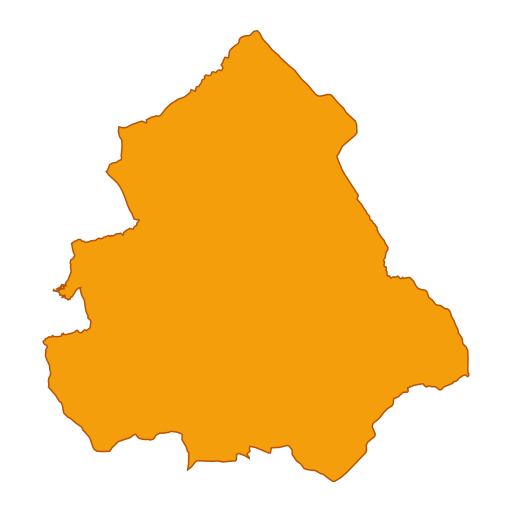 Visinesti, Dâmbovita, Romania
{"feature_id": "2599482B49145117460111", "entity_name": "Visinesti", "entity_type": "district", "adm_level": 2, "iso_a3": "ROU", "parent_name": "Romania", "parent_adm1": "Dâmbovita", "projection": "albers", "projection_center": [25.566, 45.128], "detail": "fine", "context": "isolated", "style": "filled", "palette": "amber", "viewbox_px": 512, "rotation_deg": 0, "n_neighbors": 0, "source": "geoboundaries", "source_scale": "gbopen_adm2", "svg_char_len": 5916}
<svg xmlns="http://www.w3.org/2000/svg" viewBox="0 0 512 512"><path d="M468.7,373.5L468.0,373.0L467.8,368.9L468.0,357.8L467.7,350.4L466.0,346.8L463.4,344.4L462.8,343.3L462.1,338.5L461.1,336.7L458.5,333.2L457.7,329.1L455.5,324.9L454.1,320.8L451.6,316.7L450.2,311.9L448.6,309.6L447.1,308.9L445.2,308.9L441.5,306.0L439.6,305.4L436.7,305.0L435.7,304.4L432.3,300.1L428.6,297.2L427.3,292.5L426.3,291.0L425.2,290.2L420.7,289.4L418.1,288.4L415.8,285.7L413.8,281.4L410.3,277.8L408.6,277.4L403.8,278.4L403.2,278.1L402.8,277.3L401.6,278.3L400.4,278.7L399.7,278.2L398.5,276.6L397.7,276.1L396.2,277.2L393.5,276.9L390.8,278.0L390.2,277.4L389.8,276.1L387.5,276.0L387.1,275.0L386.9,271.4L385.8,270.1L386.4,268.2L386.3,267.6L385.8,266.8L384.8,266.7L384.1,266.0L384.0,265.0L384.5,262.2L384.3,261.4L383.6,261.1L383.4,260.3L385.1,257.6L386.2,252.0L387.9,249.8L387.9,247.4L385.3,243.5L384.1,240.3L381.8,237.9L378.5,232.9L377.7,230.7L377.1,229.7L377.0,227.5L376.7,226.9L375.8,226.1L374.7,224.1L373.0,222.8L372.2,221.1L370.0,219.4L369.5,216.2L367.0,213.5L365.9,211.0L364.3,209.0L362.0,205.1L357.1,199.2L357.2,198.3L358.2,196.0L358.2,195.2L344.4,174.0L341.9,169.3L336.9,157.0L336.9,156.0L338.5,154.0L342.3,146.3L354.8,135.5L356.9,132.9L356.7,126.2L356.3,123.5L355.2,121.0L345.8,112.1L343.6,108.2L338.4,103.3L331.5,95.2L330.0,94.5L327.6,94.5L321.1,96.0L319.1,96.1L317.7,95.6L315.6,94.3L307.4,84.6L301.6,79.2L294.8,70.4L288.6,65.3L280.7,58.0L278.4,55.2L272.4,50.2L267.6,44.2L264.1,40.6L262.4,38.4L260.0,33.7L257.4,30.7L253.8,31.4L250.0,35.4L244.2,36.1L241.3,37.3L239.5,39.1L238.7,42.9L238.4,43.3L233.4,46.9L230.4,49.7L229.3,52.0L228.7,57.5L228.2,57.9L225.6,57.3L224.6,57.5L224.3,58.7L223.3,60.5L222.9,62.3L221.2,64.8L222.6,66.9L222.9,68.1L221.7,70.3L221.0,70.7L219.3,69.9L217.5,70.6L215.9,72.6L213.7,71.9L211.8,72.1L211.1,74.8L209.4,75.6L205.7,75.1L204.4,76.5L204.8,77.9L204.3,78.8L202.2,79.9L201.6,82.1L198.9,86.3L196.3,87.0L195.4,91.2L191.2,89.7L190.1,92.6L184.5,97.0L178.2,99.2L170.5,104.1L166.1,108.3L160.7,115.2L158.8,116.2L155.7,115.9L154.3,116.7L152.1,117.0L146.5,119.7L146.5,122.7L145.7,122.9L144.1,121.9L141.7,121.2L132.4,124.3L126.1,127.6L122.3,127.8L118.9,126.8L118.4,131.6L119.5,136.5L121.7,139.9L122.0,143.5L122.0,148.2L121.2,155.6L121.6,158.2L121.2,159.6L118.4,160.9L116.4,162.4L112.1,163.2L109.9,164.6L109.5,165.1L107.7,170.2L106.2,171.6L108.8,175.0L117.1,182.7L120.3,187.2L122.7,192.0L125.2,198.0L127.7,205.4L130.0,210.6L131.9,213.5L134.1,219.0L137.0,219.9L138.9,219.6L139.2,220.5L136.8,223.4L136.8,225.2L134.5,226.6L133.0,229.3L129.6,228.4L127.7,229.8L126.2,230.2L125.4,231.5L124.2,232.0L123.6,232.8L123.6,234.4L122.8,235.1L121.3,233.6L120.3,233.2L118.8,233.9L116.7,233.7L113.0,236.0L111.6,235.4L111.1,235.6L110.8,236.4L109.8,236.3L109.1,235.5L103.2,237.5L102.7,238.3L100.5,238.8L99.4,238.2L98.1,238.5L95.5,240.4L91.4,240.7L88.3,242.0L85.5,242.3L84.6,242.0L84.0,241.3L82.1,241.1L81.3,240.6L80.7,239.6L78.3,239.4L75.9,241.1L74.9,241.1L71.6,243.4L72.5,248.5L73.5,252.5L74.6,254.6L74.6,256.2L73.9,256.9L73.2,258.3L70.8,260.0L70.1,263.1L70.8,264.6L70.5,267.1L71.3,271.6L67.9,280.1L66.1,282.2L66.0,283.3L65.3,284.1L65.7,284.6L66.0,285.9L64.6,286.1L64.6,285.2L62.0,284.5L61.0,285.6L60.9,286.7L56.9,288.9L57.7,289.6L58.6,289.6L59.2,288.2L60.3,288.7L60.8,288.0L61.8,287.7L61.8,286.5L63.5,285.8L64.0,285.9L63.6,286.9L64.0,288.4L63.9,288.9L60.0,288.9L59.9,289.7L59.5,290.1L55.5,290.7L53.7,289.7L53.5,290.8L57.4,291.3L58.1,292.0L59.3,292.5L60.0,295.2L60.9,294.8L62.8,295.8L62.5,296.6L61.9,297.3L62.2,297.6L63.6,297.0L63.5,295.8L63.7,295.4L64.7,295.1L65.0,295.3L65.1,298.1L67.4,298.9L68.1,299.9L69.0,299.1L69.3,299.4L70.1,299.1L71.0,296.8L72.1,296.8L76.3,290.0L79.0,287.8L80.8,287.6L80.1,289.1L81.6,294.9L84.3,300.1L85.4,307.9L86.2,311.9L87.9,315.5L88.0,318.1L90.5,320.4L90.9,321.4L90.1,327.5L89.6,328.3L86.6,330.5L84.5,329.8L81.4,332.7L79.5,332.7L77.4,330.3L76.3,330.5L74.8,332.0L71.7,333.2L65.9,334.6L64.0,334.4L63.2,333.4L62.8,334.4L61.8,334.2L61.8,335.0L60.9,336.3L57.0,336.7L53.5,336.5L52.7,335.5L52.3,335.6L51.4,337.1L49.0,336.8L46.9,338.4L45.5,338.7L45.0,340.1L43.4,341.1L43.2,341.7L43.3,342.6L44.3,344.1L46.4,345.2L47.3,346.2L47.3,347.4L46.5,348.4L45.7,350.5L46.0,351.8L45.5,353.7L45.5,355.9L46.5,359.0L49.4,365.3L49.9,369.7L50.6,372.8L50.2,375.5L49.1,377.4L48.4,380.2L48.8,385.0L48.5,387.1L55.6,395.3L59.2,401.1L61.5,402.9L63.0,407.7L63.0,409.8L63.9,413.2L67.6,416.9L71.0,418.8L76.0,423.2L81.4,426.9L82.6,428.8L82.5,429.8L84.9,432.0L89.1,436.9L90.4,439.5L92.8,446.8L94.1,449.3L96.9,451.2L102.7,451.6L109.7,451.3L111.9,447.9L118.4,441.5L130.3,437.6L134.2,434.5L135.7,434.4L138.0,437.5L140.2,438.7L144.2,439.5L148.6,439.4L149.9,440.0L153.0,439.3L154.5,437.7L155.8,435.3L160.0,433.0L162.9,433.2L168.5,432.4L170.9,431.4L176.0,431.9L180.7,433.4L182.3,434.9L181.9,439.4L185.0,445.0L186.0,446.2L187.5,451.3L188.7,452.7L188.6,463.1L187.7,469.9L191.5,466.8L195.3,462.0L197.2,460.7L212.4,461.3L218.0,460.9L222.9,462.0L229.8,461.2L235.4,460.9L236.0,460.4L236.5,458.7L236.6,454.7L238.3,453.5L239.9,453.7L245.2,455.9L249.3,458.4L249.2,457.3L247.0,454.6L247.5,453.4L250.0,451.3L249.4,448.6L249.8,446.4L255.4,447.4L268.5,452.9L269.6,452.9L270.5,452.8L271.0,449.4L271.5,447.8L279.5,447.4L286.8,445.5L289.2,446.1L292.1,450.1L292.3,454.7L296.6,460.9L300.7,463.9L304.1,468.5L307.8,469.7L315.4,470.6L320.7,473.6L323.3,474.3L328.8,478.7L332.5,481.1L334.6,481.3L340.6,477.7L346.8,472.4L365.7,452.7L366.6,450.2L366.3,445.1L367.5,442.4L374.7,436.3L375.3,434.2L372.2,426.6L372.7,424.3L374.0,422.5L377.4,420.0L379.9,417.5L384.4,411.7L387.2,408.9L391.9,405.9L393.0,404.3L393.8,398.6L398.1,396.9L403.1,392.3L407.6,392.1L408.2,390.8L407.7,387.9L414.4,385.2L422.8,383.7L425.7,386.8L427.3,386.7L429.2,385.8L431.9,386.8L435.2,386.6L439.4,389.8L441.2,389.7L443.7,387.0L452.6,383.3L453.6,381.8L456.3,381.1L457.5,380.1L459.1,378.1L463.6,375.3L465.7,374.8L467.3,376.5L467.9,376.6L468.8,375.3L468.7,373.5Z" fill="#f59e0b" stroke="#b45309" stroke-width="1.5"/></svg>